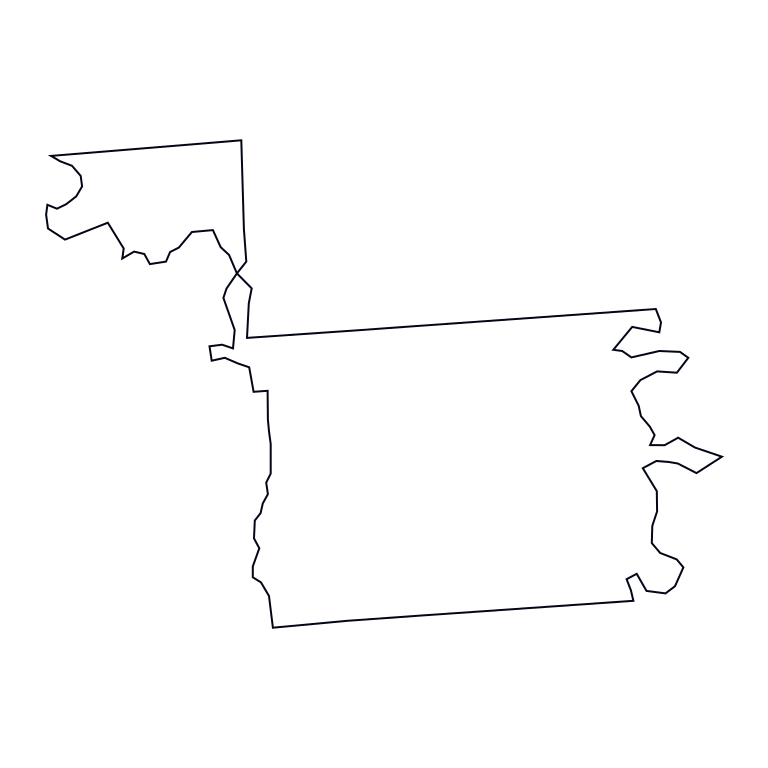 the district of Serafina Corrêa, Rio Grande do Sul, Brazil
{"feature_id": "56859067B89620612627908", "entity_name": "Serafina Corrêa", "entity_type": "district", "adm_level": 2, "iso_a3": "BRA", "parent_name": "Brazil", "parent_adm1": "Rio Grande do Sul", "projection": "mercator", "projection_center": [-51.947, -28.687], "detail": "fine", "context": "isolated", "style": "outline", "palette": "ink", "viewbox_px": 768, "rotation_deg": 0, "n_neighbors": 0, "source": "geoboundaries", "source_scale": "gbopen_adm2", "svg_char_len": 1423}
<svg xmlns="http://www.w3.org/2000/svg" viewBox="0 0 768 768"><path d="M236.9,273.4L226.5,288.6L223.4,297.9L234.7,330.0L233.0,348.4L222.1,344.7L209.5,346.3L211.7,360.7L224.8,357.8L237.8,363.4L249.2,367.3L253.6,391.8L267.6,390.8L267.9,419.8L269.0,431.3L270.7,444.1L270.7,473.6L266.2,482.6L267.9,494.1L262.8,503.4L260.6,513.1L254.8,520.5L254.0,538.4L259.3,548.3L252.8,566.4L252.8,577.3L261.0,582.4L269.0,596.0L272.9,627.7L346.1,620.9L423.0,615.4L633.4,600.8L630.9,590.3L626.6,579.2L636.7,573.8L646.5,590.9L665.5,593.4L675.0,586.2L683.4,567.4L676.7,559.4L660.2,553.0L651.8,543.1L652.3,525.9L657.1,511.4L656.8,491.1L642.8,468.2L656.3,461.0L668.9,462.0L677.8,463.5L696.5,473.1L721.9,456.7L695.1,447.6L678.1,437.7L664.6,445.2L650.1,445.1L654.6,435.1L649.8,426.6L640.9,416.1L638.7,405.8L631.4,391.2L640.4,380.1L657.1,371.4L676.9,372.7L688.3,357.8L680.0,351.9L659.3,351.0L631.4,357.4L622.2,351.0L613.3,349.8L632.2,326.9L659.3,332.3L661.0,322.4L655.8,309.0L404.5,326.9L356.1,330.4L247.0,337.9L248.8,303.3L251.7,288.4L236.9,273.4ZM51.0,155.9L60.2,161.3L72.0,165.8L80.7,175.9L82.1,186.4L76.3,196.3L66.2,204.2L57.0,208.7L47.4,204.8L46.1,214.7L48.0,228.5L65.0,239.6L107.8,222.7L123.7,248.5L122.3,258.5L134.1,251.6L144.3,254.0L149.9,264.1L166.0,261.6L170.1,252.0L178.8,247.6L191.9,232.0L212.9,230.1L220.7,247.2L229.1,255.0L236.9,273.4L246.3,261.6L243.9,229.1L241.3,140.3L51.0,155.9Z" fill="none" stroke="#020617" stroke-width="2"/></svg>